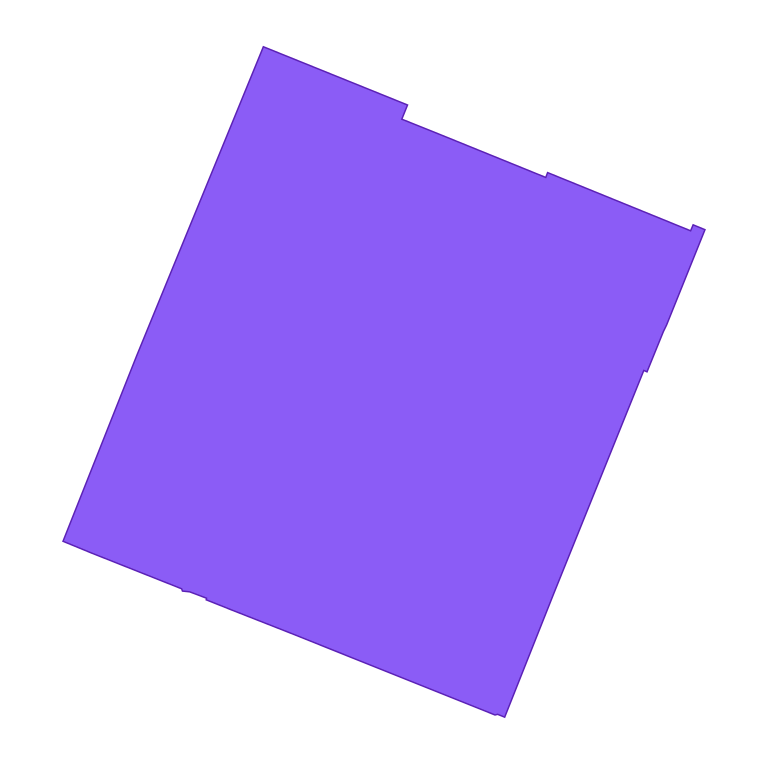 Natrona, Wyoming, United States of America, rotated 112°
{"feature_id": "52423323B59705980102963", "entity_name": "Natrona", "entity_type": "district", "adm_level": 2, "iso_a3": "USA", "parent_name": "United States of America", "parent_adm1": "Wyoming", "projection": "robinson", "projection_center": [-106.783, 42.966], "detail": "fine", "context": "isolated", "style": "filled", "palette": "violet", "viewbox_px": 768, "rotation_deg": 112, "n_neighbors": 0, "source": "geoboundaries", "source_scale": "gbopen_adm2", "svg_char_len": 531}
<svg xmlns="http://www.w3.org/2000/svg" viewBox="0 0 768 768"><g transform="rotate(112 384 384)"><path d="M120.7,144.2L120.6,157.0L127.1,157.1L126.7,311.5L131.9,311.4L131.7,427.5L131.8,466.7L116.5,466.7L116.5,622.2L123.4,622.2L450.2,623.9L650.1,622.7L650.3,591.4L649.7,494.9L651.5,493.3L649.5,486.3L649.1,468.3L650.7,468.0L650.6,440.6L650.0,378.0L649.8,312.0L649.3,157.1L647.7,154.9L647.7,147.3L514.3,148.1L274.1,148.2L274.2,144.7L230.8,144.6L223.5,144.1L120.7,144.2Z" fill="#8b5cf6" stroke="#5b21b6" stroke-width="1.5"/></g></svg>